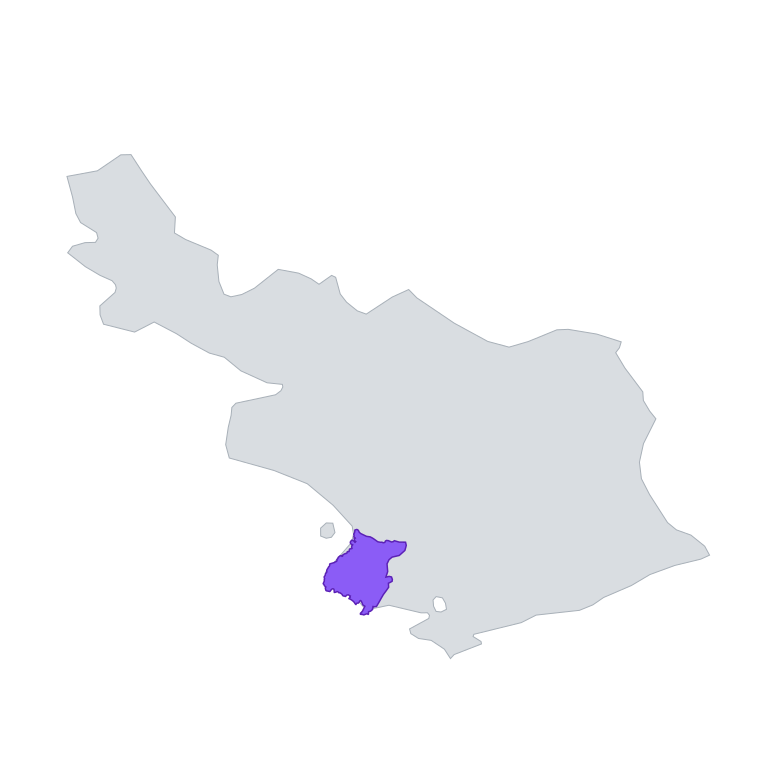 Tavush, Tavush, Armenia (highlighted), rotated 167°
{"feature_id": "60910142B30577123692851", "entity_name": "Tavush", "entity_type": "district", "adm_level": 2, "iso_a3": "ARM", "parent_name": "Armenia", "parent_adm1": "Tavush", "projection": "equal_earth", "projection_center": [45.447, 40.841], "detail": "fine", "context": "in_parent", "style": "filled", "palette": "violet", "viewbox_px": 768, "rotation_deg": 167, "n_neighbors": 0, "source": "geoboundaries", "source_scale": "gbopen_adm2", "svg_char_len": 7183}
<svg xmlns="http://www.w3.org/2000/svg" viewBox="0 0 768 768"><g transform="rotate(167 384 384)"><path d="M338.7,470.5L332.6,460.5L301.9,427.5L273.4,402.2L253.9,391.8L234.1,392.9L203.4,397.9L192.2,395.8L165.5,384.8L143.4,371.7L146.5,366.3L151.2,362.4L145.7,345.4L133.6,318.1L135.0,309.6L131.2,297.8L126.9,288.9L144.6,267.5L152.7,250.4L154.5,233.8L150.1,216.5L138.9,185.2L131.9,176.1L118.9,167.7L108.0,153.8L105.3,144.0L114.6,142.1L141.6,141.8L167.8,138.5L188.3,132.0L218.0,126.6L230.2,121.8L244.5,119.5L287.8,124.6L304.0,120.6L352.8,119.9L354.0,117.9L347.4,111.3L347.5,108.8L376.5,104.6L381.0,101.5L384.8,112.0L395.7,123.6L407.6,128.3L414.0,134.7L414.2,139.6L393.1,145.5L391.7,148.4L393.1,151.3L399.4,152.7L428.9,167.3L445.8,167.7L454.6,172.1L459.0,180.8L473.1,192.7L484.4,204.2L485.1,208.2L482.9,214.1L451.5,236.7L447.5,244.4L447.0,252.7L460.8,277.2L481.2,304.1L510.7,324.5L551.4,346.7L551.9,360.5L545.5,376.8L540.0,387.9L537.5,395.4L532.6,398.6L492.1,397.9L486.0,400.6L483.3,403.8L483.1,406.5L497.7,411.5L520.5,429.0L533.6,446.0L547.2,453.4L562.6,467.0L574.9,479.7L594.0,496.1L615.3,490.7L643.8,505.3L645.1,515.2L643.3,524.0L625.5,533.7L623.3,537.7L623.3,541.1L625.7,545.8L636.2,553.7L648.6,565.5L662.7,583.0L656.5,588.3L643.5,589.0L633.3,586.9L629.8,590.4L630.0,596.2L643.3,609.5L645.9,619.3L645.4,636.2L646.2,657.6L615.3,656.2L588.9,666.5L578.9,664.4L572.3,646.3L566.6,631.5L549.7,593.7L554.2,578.3L544.8,569.4L522.3,553.3L516.5,546.7L519.7,537.6L521.8,521.0L519.7,507.5L513.6,503.4L502.4,503.2L488.7,506.5L461.3,519.5L442.2,511.2L431.3,502.8L424.9,495.8L410.6,501.6L407.1,498.8L406.4,481.5L402.1,472.2L393.6,461.3L385.6,456.1L356.3,466.9L338.7,470.5ZM384.8,162.5L385.7,156.3L384.4,150.7L379.7,149.0L373.8,150.4L373.4,156.6L375.2,162.5L381.0,165.1L384.8,162.5ZM478.2,257.8L471.5,261.6L465.2,259.9L465.2,250.3L469.7,246.5L475.0,246.7L479.9,250.1L478.2,257.8Z" fill="#d9dde1" stroke="#a8b0b8" stroke-width="1"/><path d="M409.2,229.0L410.5,228.3L412.3,228.4L415.0,230.4L416.7,231.0L417.9,230.7L418.7,229.6L419.8,229.4L420.7,229.6L421.5,230.3L423.2,230.6L425.6,231.7L428.2,234.7L429.9,236.5L431.9,238.2L435.3,239.5L440.3,243.5L441.5,245.1L441.7,246.4L442.4,247.9L443.3,248.4L445.1,248.3L445.2,248.2L445.3,247.9L445.5,247.5L445.6,246.9L445.8,246.5L446.0,246.2L446.3,245.5L446.8,245.1L447.1,244.7L447.3,244.3L447.2,243.9L447.1,243.5L447.2,243.2L447.4,242.6L447.7,242.2L447.7,241.9L447.6,241.6L447.4,241.3L447.1,240.9L446.7,240.5L446.6,240.3L446.8,240.2L447.2,240.3L447.8,240.3L447.8,240.0L447.8,239.2L447.8,238.2L447.7,237.4L447.3,237.2L447.1,236.9L447.5,236.8L447.6,236.2L447.5,235.7L448.1,236.6L448.2,237.2L448.6,237.7L449.2,238.1L449.5,238.5L449.9,238.9L450.2,239.1L450.8,238.9L451.2,238.7L451.6,238.3L451.9,238.0L452.3,237.7L452.5,237.2L452.4,236.8L452.5,236.4L452.5,236.2L452.4,235.9L452.0,235.5L451.8,235.1L451.1,234.7L450.7,234.4L450.9,234.1L451.2,233.9L451.6,233.6L451.9,233.5L452.0,233.1L452.1,232.6L452.3,232.1L452.3,231.6L452.1,231.2L452.3,230.9L452.9,230.9L453.3,231.0L453.5,230.9L454.1,231.0L454.7,230.9L454.9,230.6L455.1,230.2L455.3,229.7L455.5,229.1L455.6,228.8L455.9,228.6L456.2,228.6L456.5,228.7L456.8,228.9L457.1,228.9L457.4,228.8L457.6,228.7L457.8,228.4L457.9,227.9L458.2,227.6L458.4,227.6L458.8,227.6L459.1,227.5L459.3,227.3L459.6,227.4L459.8,227.5L460.0,227.5L460.4,227.4L460.7,227.3L460.9,227.3L461.5,227.1L462.3,226.8L462.7,226.6L462.8,226.2L463.1,225.6L463.4,225.5L463.7,225.5L463.9,225.7L464.0,226.1L464.2,226.4L464.6,226.4L465.4,226.4L466.0,226.2L466.7,225.8L467.4,225.5L467.6,225.2L468.1,224.7L468.4,224.1L468.7,224.0L469.0,223.8L469.4,223.4L469.5,223.0L469.6,222.5L469.8,222.1L470.3,221.8L471.0,221.7L471.5,221.6L472.0,221.5L472.5,221.2L473.1,221.2L473.3,221.2L473.6,221.2L474.1,221.1L474.8,221.1L475.7,221.0L476.8,221.0L477.2,220.9L477.3,220.7L477.7,220.0L477.8,219.4L478.1,218.9L478.6,218.5L479.1,218.3L479.3,218.1L479.5,217.7L480.1,217.2L480.5,216.8L480.7,216.5L481.2,216.1L481.5,215.6L481.8,215.1L481.9,214.7L481.9,214.1L482.0,213.8L482.1,213.6L482.5,213.2L483.0,212.8L483.5,212.6L483.9,212.0L484.1,211.4L484.2,211.0L484.4,210.7L484.8,210.3L485.3,210.0L485.6,209.7L485.7,209.3L485.8,208.9L485.8,208.3L485.7,207.6L485.9,207.2L486.2,206.9L486.3,206.5L486.4,206.0L486.4,205.6L486.6,205.2L487.0,204.8L487.4,204.2L487.8,203.7L488.1,203.3L488.1,202.9L487.9,202.6L487.6,202.2L487.6,201.9L487.5,201.2L487.4,200.8L487.2,200.5L486.9,200.1L486.7,199.8L486.4,199.5L486.3,199.3L486.4,199.1L486.6,199.0L486.9,198.8L487.0,198.5L487.1,198.2L487.1,197.8L487.1,197.4L487.1,196.8L487.1,196.3L486.9,195.7L486.6,195.4L486.1,195.2L485.6,195.0L485.0,194.6L484.6,194.5L484.4,194.4L484.2,194.4L483.6,194.0L483.3,194.1L482.8,194.4L482.4,194.9L481.8,195.3L481.7,195.3L481.1,195.7L480.4,196.0L480.1,196.0L479.7,195.9L479.4,195.7L479.0,195.3L479.0,194.8L479.0,194.4L479.1,193.8L479.2,193.0L479.2,192.7L479.3,192.1L479.1,192.0L478.8,192.0L478.4,192.0L477.9,192.0L477.2,192.1L476.6,192.3L476.2,192.2L475.9,192.0L475.5,191.7L475.3,191.4L475.2,191.2L475.0,190.8L474.8,190.7L474.6,190.6L474.2,190.6L473.9,190.6L473.8,190.4L473.6,190.1L473.4,189.8L473.0,189.6L472.7,189.1L472.3,188.6L472.1,188.3L472.0,188.0L472.0,187.6L471.9,187.2L471.6,186.9L471.2,186.6L470.9,186.4L470.3,186.3L470.0,186.0L469.6,185.7L469.2,185.7L468.8,185.9L468.4,186.4L468.0,186.6L467.4,186.6L466.8,186.7L466.6,186.7L466.1,186.6L465.8,186.3L465.5,185.9L465.2,185.5L465.1,185.2L464.5,185.0L464.6,184.8L464.8,184.6L465.0,184.5L464.9,184.3L464.8,183.9L465.1,183.6L465.6,183.5L465.9,183.3L466.1,183.2L466.4,182.8L466.2,182.7L465.9,182.4L465.1,181.7L464.3,181.0L463.5,180.0L463.0,179.4L462.6,178.8L462.0,177.7L461.8,177.0L461.7,176.8L461.2,175.6L460.9,175.5L460.7,175.8L460.2,176.2L459.8,176.5L459.2,176.5L458.4,176.3L458.0,176.5L457.4,176.9L457.0,177.4L456.6,177.8L456.1,178.2L455.7,178.3L455.4,178.2L455.2,177.9L455.0,177.3L454.8,176.6L454.6,175.7L454.5,174.7L454.4,174.1L454.3,173.6L454.1,173.2L453.8,172.9L453.1,172.3L452.7,172.0L452.7,171.5L453.0,171.2L453.3,170.9L453.7,170.5L454.0,170.1L454.2,169.8L454.4,169.5L454.7,169.1L455.0,169.0L455.2,168.6L455.5,168.1L455.7,167.9L456.0,167.7L456.3,167.3L456.5,167.1L456.9,167.0L457.1,166.8L457.3,166.6L457.6,166.4L457.8,166.2L458.1,166.1L458.3,166.1L458.5,165.9L458.7,165.5L458.7,164.9L458.1,164.8L457.9,164.6L457.6,164.5L457.2,164.5L456.9,164.3L456.4,164.0L455.9,163.7L455.5,163.6L455.0,163.6L454.5,163.7L454.2,163.8L453.6,163.8L453.1,163.9L452.7,163.9L452.2,163.9L451.8,163.7L451.5,163.2L451.3,163.1L451.0,163.2L450.8,163.5L450.7,163.9L450.6,164.3L450.5,165.0L450.4,165.4L450.1,165.6L449.8,165.6L449.3,165.6L448.7,165.6L448.2,165.7L447.7,165.9L447.2,166.2L446.9,166.4L446.3,166.6L445.8,167.0L445.7,167.4L445.6,167.8L445.6,168.1L445.2,168.4L445.0,168.6L445.1,168.9L445.0,169.3L444.8,169.7L444.5,169.6L444.3,169.5L443.9,169.2L443.7,169.1L443.3,169.1L442.6,169.1L442.0,169.0L441.6,169.0L441.4,168.9L437.6,172.9L434.7,176.1L432.7,178.2L432.2,178.8L430.8,180.0L428.9,181.6L425.2,184.9L424.5,188.9L423.0,189.2L420.5,189.9L419.8,191.7L420.1,194.3L422.3,195.4L425.6,195.4L422.6,200.4L421.5,208.1L418.6,211.7L415.0,213.5L407.7,213.5L401.1,217.1L399.4,220.2L398.6,221.8L398.6,225.0L400.1,225.4L404.7,226.5L409.2,229.0Z" fill="#8b5cf6" stroke="#5b21b6" stroke-width="1.5"/></g></svg>